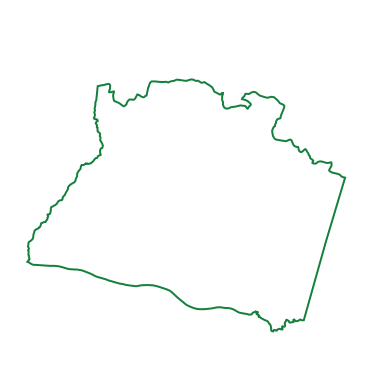 Samraong, Otdar Mean Chey, Cambodia (orthographic projection), rotated 16°
{"feature_id": "14789045B40170771357914", "entity_name": "Samraong", "entity_type": "district", "adm_level": 2, "iso_a3": "KHM", "parent_name": "Cambodia", "parent_adm1": "Otdar Mean Chey", "projection": "orthographic", "projection_center": [103.581, 14.269], "detail": "fine", "context": "isolated", "style": "outline", "palette": "green", "viewbox_px": 384, "rotation_deg": 16, "n_neighbors": 0, "source": "geoboundaries", "source_scale": "gbopen_adm2", "svg_char_len": 5893}
<svg xmlns="http://www.w3.org/2000/svg" viewBox="0 0 384 384"><g transform="rotate(16 192 192)"><path d="M335.2,136.0L333.4,136.1L331.8,136.0L329.9,135.0L328.3,134.4L327.4,134.4L321.5,134.7L318.9,134.1L318.0,133.7L317.8,132.7L318.7,129.2L318.8,128.2L318.7,127.4L318.4,126.8L318.0,125.4L317.6,125.1L314.7,126.6L312.9,127.0L308.3,126.9L306.3,127.4L304.7,128.5L304.2,129.4L303.2,130.5L301.3,131.1L299.9,131.0L299.6,130.5L300.0,128.6L299.7,128.2L297.6,127.4L296.9,127.2L296.3,126.8L295.2,124.8L294.1,124.3L293.8,123.6L292.7,122.4L290.9,121.0L290.1,119.9L289.7,119.7L289.1,119.6L288.5,120.1L288.0,121.1L286.4,123.3L285.4,123.7L284.8,123.5L283.4,122.7L281.7,119.6L280.9,119.6L279.8,119.9L277.2,119.3L276.2,118.4L273.9,115.5L273.1,114.8L272.2,114.5L270.8,115.2L268.9,116.9L267.8,117.4L258.8,118.4L257.5,118.3L256.5,117.8L254.4,115.8L252.5,112.0L252.1,110.4L252.6,107.1L253.6,105.9L253.3,104.4L253.7,102.5L253.4,101.0L253.8,99.0L254.4,98.2L255.8,97.3L256.6,96.7L256.5,93.2L257.2,86.9L257.2,84.4L257.0,83.9L256.4,83.3L255.1,82.8L252.2,82.5L251.4,82.0L249.6,80.6L244.8,78.3L242.0,78.6L239.0,80.4L238.3,80.6L236.3,80.8L230.4,80.6L226.0,78.7L224.6,78.6L223.3,78.9L222.4,79.5L221.4,80.2L219.9,82.0L216.5,82.8L216.1,83.4L215.9,85.5L214.8,87.2L214.4,88.2L214.5,88.9L218.1,88.9L220.5,89.3L223.7,90.8L224.3,91.3L224.5,91.9L223.8,93.5L223.1,94.5L222.7,96.3L222.4,96.6L222.0,96.5L219.7,94.8L219.1,94.6L218.4,94.9L214.7,95.4L210.1,98.0L206.4,99.6L203.8,101.7L202.9,102.1L201.6,102.4L200.5,102.2L199.2,101.5L197.8,99.7L197.4,98.0L197.0,97.0L195.7,95.4L195.3,94.3L194.6,91.4L194.7,89.4L194.5,88.3L193.9,88.4L193.5,88.7L192.6,90.3L191.9,90.6L190.5,90.4L187.9,89.8L186.5,89.6L185.5,89.1L184.7,88.0L182.5,85.8L178.4,84.3L176.8,84.0L173.8,82.9L171.8,84.1L171.0,84.4L170.1,84.2L168.5,83.7L167.1,83.4L165.3,84.1L161.9,83.7L160.6,83.9L159.6,84.3L156.4,86.4L155.2,86.9L147.1,88.0L146.1,88.4L144.0,90.2L143.1,90.5L142.0,91.0L140.0,92.3L138.9,93.3L137.0,93.1L134.1,94.2L131.4,94.9L125.1,96.1L122.5,97.0L121.8,98.1L121.4,100.1L121.4,102.8L121.1,103.3L121.7,111.8L120.7,112.5L119.9,113.9L119.3,114.3L118.7,114.4L117.1,114.3L114.4,113.3L113.8,113.5L112.6,113.3L111.6,117.7L111.1,118.7L110.8,119.2L110.1,119.5L107.4,120.0L106.5,120.3L105.9,121.0L105.2,122.5L104.8,124.0L104.8,125.9L103.4,128.0L102.9,128.4L101.4,128.1L97.5,126.6L92.3,126.0L91.6,125.4L89.9,121.9L89.4,120.3L89.5,117.6L89.1,116.9L86.1,118.7L85.2,118.9L84.8,118.9L84.5,117.9L84.7,115.4L84.0,112.2L83.4,111.4L82.6,111.1L82.0,111.1L80.2,111.9L77.6,113.6L75.3,114.5L72.2,116.3L74.7,130.2L74.4,132.2L75.2,135.4L75.3,138.0L75.7,139.4L76.1,139.8L76.3,140.7L76.1,142.3L77.0,143.6L77.5,145.1L77.6,147.0L77.3,147.8L77.9,148.5L78.4,148.7L80.3,148.4L81.1,148.7L81.4,149.0L81.8,149.8L80.8,150.7L80.6,152.6L82.2,153.9L82.7,156.0L83.5,156.2L83.7,157.5L84.3,158.4L84.4,159.5L85.5,160.3L86.5,160.5L87.2,161.0L87.8,161.9L87.9,163.7L88.6,164.2L89.1,165.1L89.4,167.3L89.8,168.0L90.9,168.7L91.6,169.6L92.5,170.4L93.6,172.2L93.6,174.4L92.5,175.3L92.2,176.1L92.2,177.3L92.8,179.6L93.8,180.9L93.9,181.4L93.9,181.8L92.2,182.8L91.7,183.7L91.3,185.5L90.1,186.1L89.5,187.1L88.4,190.0L87.4,191.3L87.0,192.2L84.8,193.5L83.7,193.4L83.4,194.0L82.8,194.2L82.5,193.8L82.1,193.7L81.1,195.2L80.0,196.2L78.7,196.3L78.5,196.6L78.1,197.8L78.4,199.9L78.4,200.6L77.2,203.2L76.5,205.9L77.2,208.5L76.7,211.8L76.8,213.5L76.6,214.3L76.1,215.2L73.4,218.0L72.0,220.2L71.7,221.4L71.6,222.0L72.0,223.0L71.9,223.6L70.8,228.1L70.6,229.7L69.8,231.3L69.2,233.1L69.5,234.8L69.1,235.7L67.1,236.6L66.7,237.1L66.0,237.9L65.3,240.4L64.2,242.3L63.3,242.9L61.7,244.7L61.1,245.0L60.8,245.9L60.8,246.6L61.2,248.0L61.6,250.9L61.5,251.9L60.8,252.9L59.7,253.2L59.4,253.8L60.0,254.4L60.5,255.4L60.1,256.4L60.5,257.7L60.4,258.4L59.7,259.7L59.6,260.8L59.2,261.3L57.6,261.9L56.9,262.8L55.7,263.5L55.7,266.1L55.5,267.5L54.7,268.2L54.8,268.7L54.6,269.0L53.6,269.9L53.1,270.6L52.1,271.2L51.5,272.5L51.3,273.2L51.5,274.4L51.3,275.4L51.4,276.8L52.0,280.5L50.8,282.9L49.0,285.0L48.8,285.9L49.2,287.2L49.3,289.4L50.1,290.5L50.8,291.2L50.9,291.7L50.5,293.3L51.3,293.9L52.0,297.1L52.6,297.9L52.5,298.4L52.9,298.7L53.5,299.6L53.6,300.4L54.3,301.2L53.9,302.6L53.5,303.0L53.7,303.4L53.1,304.5L54.3,304.6L57.9,305.6L59.8,305.7L61.6,305.2L75.6,302.2L79.0,301.2L81.7,300.6L84.9,300.1L88.5,300.0L93.3,300.1L95.8,299.9L103.6,298.1L106.6,297.8L108.6,297.7L116.5,298.4L119.5,298.9L121.9,299.5L124.4,299.7L133.1,299.7L136.3,300.0L146.0,300.0L147.8,300.0L151.4,299.5L154.5,299.5L163.8,298.1L165.2,297.6L168.2,296.0L169.9,295.3L175.0,293.7L178.2,292.9L180.8,292.4L184.9,292.2L193.8,292.5L198.0,293.0L200.0,293.8L207.5,297.6L217.2,301.8L218.6,302.2L222.3,302.8L226.1,303.1L229.0,303.0L231.8,302.5L236.9,301.0L244.1,298.0L246.0,296.9L247.7,296.1L251.2,294.9L254.4,294.6L259.3,293.5L261.0,293.3L264.1,293.4L270.3,294.9L272.6,294.8L278.8,294.1L280.4,294.3L281.3,293.8L282.4,293.6L283.3,292.7L283.6,291.6L283.9,291.1L285.0,290.3L285.9,290.1L286.2,289.8L286.2,289.3L287.2,289.4L288.1,289.2L288.4,289.7L287.9,290.2L287.6,290.3L287.6,290.8L288.0,291.0L288.0,291.6L289.4,291.6L289.9,292.5L290.3,292.4L290.3,293.1L290.6,293.6L291.4,293.2L292.7,294.1L297.0,295.0L299.9,295.3L301.1,295.9L302.1,297.0L303.5,297.8L304.4,298.7L305.2,300.2L305.6,301.0L306.1,302.9L307.0,303.7L308.5,303.6L308.6,302.5L309.1,301.9L310.5,301.8L311.1,302.1L311.7,301.8L311.8,301.0L312.4,300.3L313.6,299.7L314.0,299.3L315.6,299.5L316.5,299.4L316.8,299.1L316.8,298.6L316.0,297.7L315.8,297.0L316.0,296.1L316.5,296.1L317.3,296.2L317.8,296.1L318.2,295.8L318.3,295.3L318.3,294.4L317.4,293.1L317.4,292.1L317.5,291.1L317.8,290.5L317.8,289.1L318.1,288.8L318.5,288.7L319.9,289.2L320.6,289.3L321.2,290.2L322.0,290.6L322.7,290.4L323.2,289.9L324.1,289.6L325.0,289.4L325.3,289.0L325.4,288.6L325.0,288.1L324.7,287.1L324.9,286.7L325.4,286.4L327.4,287.7L330.0,286.3L330.6,285.3L331.0,284.8L331.5,284.7L332.8,285.1L334.8,284.5L334.4,203.2L335.2,136.0Z" fill="none" stroke="#15803d" stroke-width="2"/></g></svg>